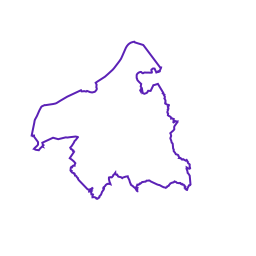 Atoyac, Jalisco, Mexico (Robinson projection), rotated 34°
{"feature_id": "50627088B59976990100146", "entity_name": "Atoyac", "entity_type": "district", "adm_level": 2, "iso_a3": "MEX", "parent_name": "Mexico", "parent_adm1": "Jalisco", "projection": "robinson", "projection_center": [-103.437, 20.007], "detail": "fine", "context": "isolated", "style": "outline", "palette": "violet", "viewbox_px": 256, "rotation_deg": 34, "n_neighbors": 0, "source": "geoboundaries", "source_scale": "gbopen_adm2", "svg_char_len": 5831}
<svg xmlns="http://www.w3.org/2000/svg" viewBox="0 0 256 256"><g transform="rotate(34 128 128)"><path d="M47.3,175.9L52.3,188.0L52.6,187.8L53.2,188.1L53.5,187.3L54.3,186.8L54.9,187.7L61.3,190.0L62.7,192.1L62.6,193.5L61.8,196.8L61.7,197.9L62.3,197.7L63.0,197.8L63.8,197.6L66.5,196.3L66.6,193.9L67.1,191.8L67.3,191.3L67.7,191.2L67.2,191.0L67.5,189.5L66.8,189.5L65.2,188.1L71.3,178.0L76.4,176.3L81.6,170.6L83.1,169.8L84.4,168.6L89.3,164.4L91.4,163.5L91.6,163.6L91.3,167.7L91.1,168.1L91.0,169.1L91.3,170.1L91.4,174.2L91.0,177.3L91.1,177.1L93.0,177.1L93.0,177.3L95.3,177.2L95.4,177.9L96.6,178.0L96.6,185.6L99.4,185.7L101.9,186.0L104.0,186.6L104.3,188.4L104.7,188.9L104.8,189.1L104.3,189.3L103.5,190.1L103.6,191.8L102.8,191.9L102.8,193.0L104.0,195.2L105.2,195.1L105.1,195.8L106.8,196.2L107.7,195.9L108.0,195.7L109.0,195.7L109.0,196.1L109.5,196.2L110.4,196.7L110.6,197.0L111.1,196.7L111.7,196.8L112.3,196.9L112.9,197.3L114.6,197.6L114.7,198.0L116.2,198.7L128.7,201.4L129.5,201.2L130.3,200.7L131.1,199.7L131.8,198.4L131.9,197.8L132.2,197.8L132.4,198.1L132.4,198.4L131.0,201.7L131.3,202.4L132.3,201.6L132.8,200.9L133.2,200.7L133.2,201.2L133.6,202.2L134.7,203.4L135.6,202.8L135.9,202.7L136.2,202.7L136.5,204.1L136.8,204.7L137.3,205.3L138.3,204.4L139.5,203.9L140.6,203.8L141.0,204.2L141.8,204.1L142.3,203.7L142.2,203.3L143.0,201.9L143.0,201.3L142.8,200.9L142.6,200.9L142.5,200.6L142.9,198.6L142.7,197.4L142.2,195.5L142.3,192.6L141.8,191.2L141.5,190.9L141.2,191.0L141.0,191.3L140.9,191.1L141.5,188.8L141.4,187.7L142.1,185.9L142.6,185.6L142.8,185.3L143.7,184.9L144.0,184.6L144.9,184.4L144.0,183.7L143.1,183.2L140.7,181.0L139.9,179.7L140.0,179.6L140.5,179.2L140.7,178.7L141.6,178.4L142.1,178.0L142.2,177.6L142.4,176.1L142.1,175.2L142.4,174.5L142.5,172.2L142.9,172.7L143.3,173.1L143.9,173.1L144.2,173.3L144.6,173.3L145.0,173.1L145.1,172.8L145.7,173.0L147.0,173.7L148.1,173.4L148.6,173.1L149.8,172.7L151.2,172.8L151.3,172.2L153.3,169.6L154.8,168.2L155.5,168.9L158.2,170.4L160.3,172.2L161.4,172.7L162.0,173.4L163.7,173.5L164.1,173.4L165.5,173.7L167.3,173.8L168.5,174.2L170.3,175.1L170.5,175.1L170.1,174.4L170.3,174.4L170.1,174.2L170.0,173.6L169.6,173.3L169.4,172.6L169.2,172.8L168.5,172.9L167.8,172.1L167.7,170.6L167.6,170.2L167.7,169.9L167.5,169.7L168.1,169.2L168.3,169.3L168.4,169.1L168.4,168.8L168.8,168.5L168.9,168.2L168.8,167.6L169.2,167.5L169.3,166.9L169.5,166.8L169.8,165.8L170.0,164.8L170.6,164.4L171.8,163.2L172.4,162.8L172.6,162.6L172.8,161.3L174.2,160.4L174.5,159.9L175.2,159.5L176.6,159.6L183.7,158.5L185.2,158.1L186.0,157.7L189.4,157.4L191.0,157.1L192.5,156.3L192.8,156.4L193.3,155.3L193.2,154.3L193.7,153.8L194.1,152.9L193.9,152.1L194.2,150.7L194.1,150.3L195.3,148.4L195.6,148.3L196.2,147.5L196.4,146.6L196.6,146.7L197.6,145.9L199.2,146.1L201.2,145.2L201.7,144.5L202.2,144.3L202.7,144.7L203.2,144.8L203.9,144.6L204.1,144.2L204.5,144.3L204.6,144.1L204.8,144.1L205.0,144.4L205.3,144.2L205.9,143.9L207.0,144.1L207.0,144.3L207.5,144.7L207.9,144.7L207.9,145.0L208.1,145.1L208.3,145.5L208.5,145.3L208.6,145.8L209.0,145.9L209.2,146.1L209.7,146.4L210.2,146.1L210.4,146.1L210.8,146.4L211.0,146.3L211.3,146.5L211.7,147.1L211.5,145.8L210.9,144.6L211.0,144.0L210.8,143.3L210.8,142.6L210.6,141.7L210.8,141.5L210.8,141.2L211.2,141.0L211.4,140.7L211.3,140.2L211.4,139.9L211.0,139.5L211.0,139.4L205.8,133.0L203.4,132.0L202.6,131.9L201.2,130.4L199.2,129.0L199.0,128.3L198.7,127.9L200.4,127.8L201.5,127.6L201.9,127.2L202.0,126.6L200.4,125.2L199.7,123.9L199.1,123.6L197.9,123.6L197.3,123.4L195.3,122.0L194.5,121.7L194.2,122.6L194.4,122.6L194.1,122.8L193.9,122.7L193.7,122.8L192.2,123.0L191.6,122.9L191.5,123.1L191.2,123.2L190.9,123.6L190.6,123.5L190.2,124.0L188.6,123.6L187.4,124.2L187.5,123.7L187.1,123.8L185.6,123.1L185.2,122.6L184.6,122.4L183.5,122.6L182.3,123.0L180.8,122.2L178.8,121.6L177.9,120.2L177.0,119.9L173.9,116.1L173.3,115.8L172.4,115.7L170.9,114.3L169.0,113.0L168.8,112.7L168.2,110.4L166.3,108.7L166.0,108.6L166.6,106.1L166.9,105.2L167.1,103.9L167.1,103.2L166.8,102.8L166.3,102.2L165.7,101.3L165.5,100.5L165.6,96.7L165.5,96.4L165.8,95.7L165.4,94.9L164.7,95.7L164.1,95.5L163.4,95.9L162.7,97.9L162.4,97.9L162.2,97.6L162.0,95.9L161.1,95.9L160.8,95.5L160.7,95.0L160.2,95.2L159.5,95.2L159.0,95.5L158.5,96.1L157.7,95.2L157.1,95.0L155.8,95.0L154.9,95.2L153.9,95.1L153.2,93.6L152.6,93.3L152.2,93.3L151.7,92.8L151.4,91.9L151.0,90.3L150.5,90.2L150.6,89.3L150.4,88.9L149.5,88.5L149.1,88.1L149.4,86.7L149.1,86.1L148.8,86.1L147.8,86.7L145.1,86.9L144.7,86.3L144.7,85.5L144.2,85.2L143.6,84.1L142.9,83.8L142.2,83.2L141.7,83.2L141.3,81.8L141.0,81.4L140.3,81.1L140.0,80.8L139.6,80.7L139.6,80.0L139.1,79.9L137.5,79.9L137.5,79.1L128.1,74.7L126.0,77.4L125.1,78.3L126.0,84.6L123.9,85.9L123.9,86.9L124.1,87.4L124.0,88.1L123.6,88.9L122.4,90.5L120.8,90.8L120.5,90.6L118.4,88.5L117.5,90.0L117.7,90.3L117.1,90.0L116.9,88.5L117.1,87.2L115.4,86.6L114.3,84.1L112.9,83.9L111.3,83.6L109.2,83.1L108.3,82.5L107.9,82.0L107.2,81.7L105.6,79.3L105.4,78.6L105.5,77.2L106.2,75.5L107.2,74.4L107.8,74.2L108.6,74.4L109.5,74.4L109.9,74.1L110.5,72.9L116.7,68.9L116.7,68.5L116.5,68.2L115.3,67.3L114.8,66.5L115.5,64.6L116.8,63.9L120.4,66.1L120.7,65.4L121.0,65.4L121.4,64.7L121.8,64.4L122.0,64.4L122.4,63.7L121.7,63.6L122.3,62.7L121.7,59.5L121.6,59.3L120.7,59.8L120.1,59.6L100.5,52.8L94.4,50.7L94.1,50.7L85.8,53.2L85.1,52.9L84.1,53.8L82.8,55.4L82.0,57.0L81.5,58.6L81.3,60.7L81.4,62.7L82.9,70.9L83.5,74.5L83.5,77.5L83.0,86.2L82.7,88.4L81.2,94.6L80.2,98.4L76.5,107.0L75.9,108.6L77.7,109.6L79.0,112.0L79.7,112.4L80.3,113.1L80.5,113.9L80.5,114.8L80.3,116.3L80.1,116.7L78.4,118.6L76.4,119.5L75.3,119.7L73.3,120.2L72.9,121.2L70.9,122.0L70.5,122.5L69.0,123.6L67.9,123.0L60.1,136.0L56.8,142.9L54.9,147.1L54.3,148.1L52.5,150.0L46.7,155.3L46.1,155.6L44.8,157.7L44.5,158.2L44.3,159.1L44.7,163.0L45.8,169.0L46.2,173.2L46.6,174.4L47.3,175.9Z" fill="none" stroke="#5b21b6" stroke-width="2"/></g></svg>